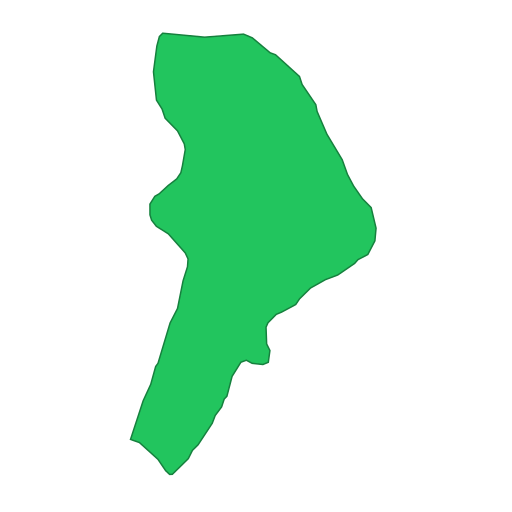 outline of San Andrés Semetabaj, Sololá, Guatemala, rotated 182°
{"feature_id": "79465075B93234456554890", "entity_name": "San Andrés Semetabaj", "entity_type": "district", "adm_level": 2, "iso_a3": "GTM", "parent_name": "Guatemala", "parent_adm1": "Sololá", "projection": "mercator", "projection_center": [-91.099, 14.754], "detail": "fine", "context": "isolated", "style": "filled", "palette": "green", "viewbox_px": 512, "rotation_deg": 182, "n_neighbors": 0, "source": "geoboundaries", "source_scale": "gbopen_adm2", "svg_char_len": 1156}
<svg xmlns="http://www.w3.org/2000/svg" viewBox="0 0 512 512"><g transform="rotate(182 256 256)"><path d="M240.0,150.2L238.8,162.0L242.3,168.5L243.5,185.2L241.7,189.7L233.7,198.4L228.5,200.8L214.6,208.9L211.0,214.7L200.4,225.9L185.8,234.8L173.6,239.9L157.1,252.1L154.0,255.9L144.3,261.4L137.7,275.3L137.0,288.0L142.6,308.4L151.6,316.9L160.8,329.2L167.4,340.6L173.2,355.2L189.4,380.2L200.0,402.6L201.5,409.3L215.9,429.0L218.8,436.9L243.5,457.8L249.0,459.6L267.3,473.9L276.2,477.3L315.0,472.9L357.0,475.4L360.2,472.0L362.4,462.4L364.9,436.5L360.9,408.3L355.0,399.6L351.6,390.5L338.8,378.3L331.6,365.6L330.4,359.9L332.7,343.4L334.0,336.6L337.9,330.3L346.2,323.4L354.9,314.8L359.2,312.1L363.8,304.2L363.4,293.4L361.6,288.2L356.6,282.2L344.4,275.1L326.8,256.6L323.8,250.7L324.1,242.8L328.0,228.7L332.6,200.8L339.5,186.1L350.2,145.3L352.4,142.1L356.7,124.1L363.7,107.4L375.0,68.3L366.0,65.5L346.9,49.4L338.8,38.3L334.7,34.7L332.0,34.9L316.6,51.1L312.7,59.6L307.3,65.3L293.9,87.3L291.2,95.2L285.1,104.0L282.8,111.9L280.2,114.8L275.7,134.9L267.4,149.3L262.0,151.5L256.1,148.6L245.3,147.8L240.0,150.2Z" fill="#22c55e" stroke="#15803d" stroke-width="1.5"/></g></svg>